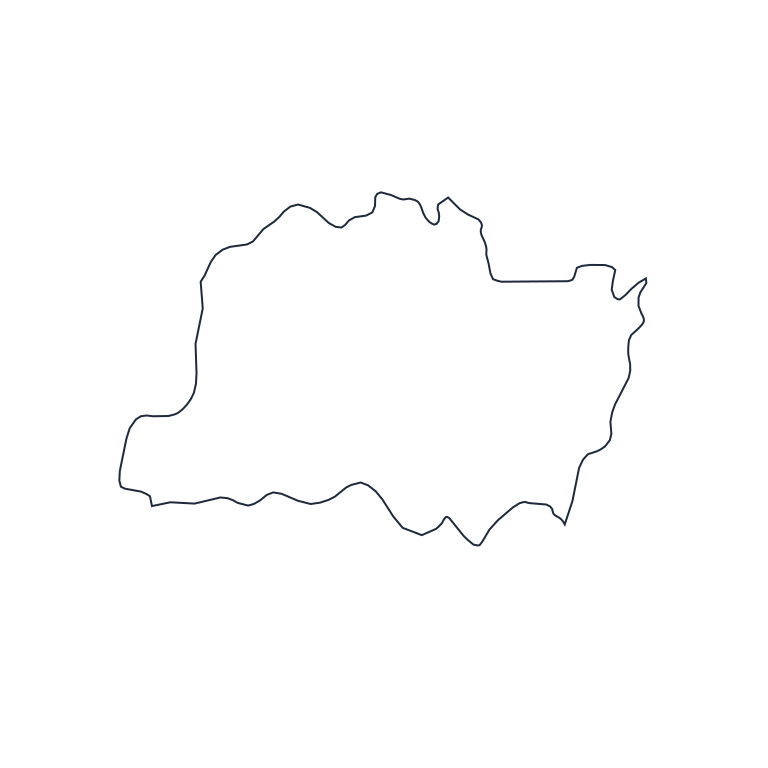 the border of Mascara, rotated 157°
{"feature_id": "DZA-2201", "entity_name": "Mascara", "entity_type": "Province", "adm_level": 1, "iso_a3": "DZA", "parent_name": "Algeria", "parent_adm1": "", "projection": "equal_earth", "projection_center": [0.055, 35.403], "detail": "fine", "context": "isolated", "style": "outline", "palette": "slate", "viewbox_px": 768, "rotation_deg": 157, "n_neighbors": 0, "source": "natural_earth", "source_scale": "10m", "svg_char_len": 2590}
<svg xmlns="http://www.w3.org/2000/svg" viewBox="0 0 768 768"><g transform="rotate(157 384 384)"><path d="M408.3,230.1L423.0,244.3L427.3,258.7L430.6,278.5L433.6,288.6L438.3,297.0L443.9,302.4L453.6,303.9L459.3,303.5L473.3,299.5L480.3,299.0L489.4,299.8L498.4,302.2L508.8,310.1L521.1,322.9L528.3,327.5L535.3,327.7L543.5,325.3L550.6,324.4L556.6,325.2L565.1,331.7L568.5,336.1L572.7,340.1L579.0,343.5L605.0,347.9L626.9,358.6L645.3,362.3L643.3,372.1L645.6,375.5L649.7,379.9L663.4,388.9L666.3,392.3L665.4,398.4L661.2,407.1L642.4,434.4L635.4,442.6L626.1,448.4L620.3,449.3L614.9,447.8L609.3,444.6L595.0,438.8L588.7,437.8L584.8,437.9L579.3,439.4L573.5,442.0L567.8,445.5L562.4,450.2L557.0,457.7L552.4,467.1L541.8,494.6L521.3,524.4L512.8,549.8L506.9,553.8L495.6,564.1L488.7,568.5L480.0,570.7L472.1,570.4L455.7,566.0L449.0,566.4L434.3,573.8L421.6,576.4L415.3,578.6L408.7,581.9L400.8,583.9L393.0,582.8L383.4,575.1L378.6,568.5L371.9,553.8L367.1,547.6L362.1,544.7L357.6,545.6L352.5,548.2L345.7,549.0L334.7,546.0L327.7,546.5L322.7,551.4L319.1,559.3L316.0,561.7L311.9,561.6L303.9,555.4L297.2,548.4L294.2,546.3L288.2,544.7L283.7,541.3L281.5,538.5L280.8,535.3L280.7,532.2L281.1,525.7L280.9,522.7L280.5,519.9L278.7,515.1L277.3,513.0L275.6,511.2L273.3,510.8L270.2,512.4L267.6,516.9L266.6,520.5L266.4,523.8L265.3,526.2L263.9,528.1L252.1,530.6L245.8,515.0L240.5,507.2L232.8,498.7L231.6,494.8L231.8,491.7L233.2,489.7L234.7,488.1L235.6,485.8L236.1,482.6L235.8,475.6L236.2,471.0L237.1,467.6L238.3,465.3L239.3,463.1L240.6,454.3L242.8,444.3L242.7,437.9L239.0,434.5L236.0,432.3L174.4,406.7L170.0,406.3L167.2,408.2L161.0,415.6L155.7,415.4L147.5,413.0L134.0,407.1L128.5,402.6L126.6,398.5L133.2,389.2L137.6,381.7L138.0,374.1L135.8,370.8L133.8,369.7L126.8,371.6L118.9,375.0L109.8,377.8L101.7,378.8L103.1,374.4L112.2,368.2L115.9,364.1L119.2,356.5L119.5,347.8L119.2,344.7L119.5,341.8L120.5,339.9L122.8,338.1L127.6,335.9L137.3,332.5L141.4,328.6L144.3,323.4L146.5,318.6L147.6,315.6L149.8,305.8L152.1,300.1L156.5,293.9L179.1,275.1L184.9,268.9L190.3,260.9L194.2,249.2L198.1,244.0L205.1,240.1L210.9,239.0L214.8,238.9L223.8,239.7L230.5,236.5L237.2,230.5L256.3,202.6L272.5,184.1L272.9,187.6L273.5,189.5L274.5,191.7L275.7,193.5L276.8,194.8L277.7,196.1L278.6,197.9L278.6,200.4L278.0,203.1L278.9,206.3L281.6,209.6L296.8,217.6L298.7,219.0L300.3,220.4L302.4,220.9L306.0,221.3L313.7,220.0L332.1,214.2L343.8,208.8L355.4,200.3L359.0,198.3L361.1,198.9L364.4,201.2L368.0,208.1L370.0,212.9L376.3,235.0L377.8,237.0L379.3,237.3L382.9,235.1L385.0,233.3L389.5,231.3L392.7,230.3L408.3,230.1Z" fill="none" stroke="#1e293b" stroke-width="2"/></g></svg>